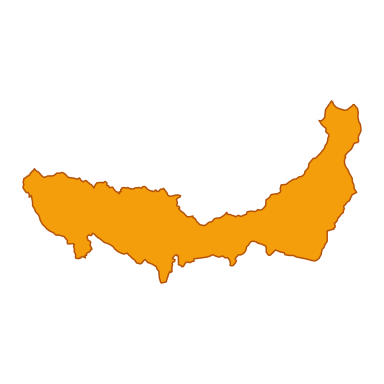 Teregova, Caras-Severin, Romania
{"feature_id": "2599482B41858605084991", "entity_name": "Teregova", "entity_type": "district", "adm_level": 2, "iso_a3": "ROU", "parent_name": "Romania", "parent_adm1": "Caras-Severin", "projection": "orthographic", "projection_center": [22.378, 45.199], "detail": "fine", "context": "isolated", "style": "filled", "palette": "amber", "viewbox_px": 384, "rotation_deg": 0, "n_neighbors": 0, "source": "geoboundaries", "source_scale": "gbopen_adm2", "svg_char_len": 6009}
<svg xmlns="http://www.w3.org/2000/svg" viewBox="0 0 384 384"><path d="M212.0,255.0L213.2,254.9L216.2,256.3L219.1,257.1L222.6,256.0L225.0,257.8L226.9,257.6L228.0,258.1L229.1,259.4L229.9,260.9L230.3,262.7L230.2,265.4L231.6,265.8L233.1,265.6L235.1,263.3L236.0,261.8L236.3,260.9L235.2,259.0L236.0,257.4L237.2,256.4L237.9,255.2L238.6,254.9L240.7,254.9L242.8,253.9L244.2,252.7L245.8,250.5L246.6,246.8L248.3,245.3L250.2,242.3L252.0,241.3L252.9,241.2L256.1,241.8L257.9,243.2L261.3,244.0L265.6,246.0L266.0,247.1L266.3,249.3L266.2,251.9L267.2,253.5L268.4,255.0L269.0,255.3L269.9,255.2L270.8,254.7L275.2,250.3L275.9,250.0L278.5,251.3L281.1,252.2L284.2,252.7L285.1,254.7L288.8,255.4L293.5,255.5L296.2,256.9L305.2,258.7L311.9,260.5L314.8,261.0L317.5,259.7L319.0,258.4L321.0,254.8L322.1,249.4L323.9,247.6L324.9,244.8L327.2,241.3L327.2,231.0L333.8,229.0L333.6,228.6L334.9,227.3L335.2,226.7L335.0,225.4L334.6,224.5L334.5,223.1L335.5,222.8L337.1,220.7L338.3,217.4L339.3,216.9L341.3,214.0L343.3,212.5L343.5,210.1L344.3,208.8L343.8,207.3L343.9,205.7L345.4,204.7L346.6,202.8L347.9,201.6L349.0,201.1L350.0,199.7L350.6,197.8L351.6,196.1L352.1,194.7L356.5,192.5L356.1,191.5L354.1,188.5L354.0,186.4L353.6,184.3L352.5,182.0L352.1,178.1L349.2,173.1L348.2,170.4L345.2,165.8L344.4,161.9L344.6,159.0L345.5,157.8L345.5,156.5L345.0,156.1L345.4,155.2L347.4,152.6L351.0,149.4L352.2,147.5L354.0,143.5L355.6,142.8L356.9,142.7L358.4,141.9L358.6,140.2L358.3,137.7L358.6,135.9L360.8,131.3L361.0,129.4L360.3,124.2L358.9,121.9L357.9,117.0L358.2,112.6L357.7,109.4L357.2,108.1L356.1,107.1L354.3,104.7L353.1,104.7L352.0,106.0L347.3,109.7L345.1,110.3L344.1,110.1L338.8,108.6L336.1,107.2L334.0,105.1L333.0,103.3L332.9,102.3L331.5,101.0L325.5,109.7L324.8,117.2L322.9,119.7L320.9,120.9L319.3,120.7L321.6,124.5L323.2,126.1L325.6,127.9L326.2,129.2L325.7,131.2L326.4,132.5L327.5,133.2L328.7,134.7L329.1,136.1L328.1,137.3L327.6,140.8L326.8,143.5L325.2,145.4L324.7,147.8L320.9,152.7L317.7,156.1L315.6,158.1L313.1,158.5L309.2,163.3L308.8,164.1L308.6,166.3L308.0,168.1L304.9,171.6L304.6,173.6L303.2,175.3L301.1,176.7L299.2,176.7L296.2,179.0L293.4,179.3L288.5,182.4L286.2,184.4L281.7,184.8L281.0,185.2L280.2,189.0L280.8,191.0L280.3,192.0L277.3,193.9L275.4,193.9L271.3,194.6L270.8,195.1L270.0,196.7L268.9,197.9L267.5,199.0L266.2,199.6L265.9,201.2L265.8,204.3L265.4,205.8L264.1,207.6L261.8,209.7L260.4,210.1L258.0,209.6L255.8,211.3L254.8,211.6L251.6,211.1L248.7,211.5L247.3,212.0L246.9,212.4L246.5,214.1L246.1,214.5L244.8,214.7L241.4,216.3L240.0,216.2L238.7,215.3L235.2,216.8L233.7,215.6L232.7,215.6L230.2,214.6L227.5,214.3L226.8,212.5L226.3,212.6L225.7,213.7L224.3,215.1L220.4,217.7L214.8,218.5L213.9,219.3L212.5,221.1L211.3,221.9L208.9,222.3L205.5,225.1L204.6,225.5L201.8,225.2L199.7,224.5L196.5,221.2L195.0,218.5L193.1,217.6L192.9,216.1L189.3,216.8L187.9,216.9L186.8,216.4L183.7,213.1L180.2,210.5L178.8,208.8L179.5,208.3L179.6,207.5L179.3,206.9L179.0,206.4L177.6,206.3L176.8,205.7L176.7,205.0L177.3,203.2L177.2,202.0L176.4,199.9L176.9,198.8L177.9,197.9L180.1,196.9L180.4,196.3L180.4,195.7L178.1,195.0L175.6,195.1L171.7,196.2L169.1,196.1L167.9,195.3L166.7,192.3L166.0,191.8L164.2,189.1L163.4,188.4L162.5,189.1L160.3,189.3L159.4,190.8L157.5,191.4L156.9,191.5L156.4,190.4L155.3,190.1L154.2,191.4L152.9,191.5L152.0,190.9L151.3,191.1L147.9,189.7L145.9,187.3L144.2,186.5L142.7,186.7L141.5,188.1L140.7,188.1L139.2,187.5L137.8,187.6L134.8,188.0L133.2,189.0L132.4,189.1L131.4,188.6L130.3,188.9L127.8,187.5L125.9,188.0L123.1,187.5L121.8,188.1L121.3,189.5L120.8,189.6L120.6,190.4L121.0,191.5L119.4,192.0L119.6,192.7L119.5,193.2L119.3,193.5L118.7,193.5L118.5,192.5L116.7,191.9L114.9,190.6L112.7,187.2L109.4,187.5L108.6,185.9L108.2,185.6L106.9,185.6L106.9,183.0L105.5,181.7L104.5,181.7L102.9,182.9L101.5,182.4L96.9,182.8L95.2,185.0L93.9,187.7L91.3,184.6L89.5,183.8L88.7,182.7L87.3,181.9L86.8,181.0L86.2,180.7L85.2,180.7L83.0,181.8L80.8,180.1L79.9,178.4L79.2,178.0L77.4,179.1L76.6,179.1L74.3,178.2L68.3,177.4L64.7,173.7L63.3,172.9L61.8,172.5L59.2,173.3L57.1,173.0L54.0,175.4L52.8,175.9L47.8,176.0L45.0,177.2L43.6,177.3L41.3,175.3L38.8,172.3L35.3,170.2L35.1,169.4L34.3,168.9L33.3,170.6L32.2,171.2L31.4,172.5L30.4,173.0L30.2,174.0L29.6,175.0L29.0,175.1L28.5,175.8L27.1,176.3L25.6,177.7L24.2,178.4L23.8,178.8L23.7,180.3L23.1,182.1L23.7,184.4L23.0,187.8L25.8,192.1L26.8,192.7L27.8,192.4L28.3,192.7L29.2,194.7L29.4,196.1L29.3,196.7L28.7,197.3L29.7,197.0L30.7,195.6L31.1,195.7L31.4,196.0L32.6,202.4L32.6,205.8L34.4,208.6L35.5,211.6L38.4,214.8L39.2,216.3L40.4,220.6L42.7,224.6L44.8,226.5L46.9,229.0L49.6,230.9L53.6,232.8L55.5,234.7L56.2,235.1L58.9,235.1L64.0,236.5L67.5,240.7L67.2,242.8L67.8,243.9L72.5,243.7L74.4,244.2L73.6,246.6L74.4,248.9L74.5,249.8L74.1,251.3L75.8,254.8L75.4,257.2L75.9,258.2L78.5,258.6L79.5,258.4L79.9,257.9L80.8,258.0L81.2,257.0L82.0,256.5L85.3,257.7L85.3,257.0L84.8,256.1L85.0,255.5L86.5,255.3L86.4,253.9L87.6,252.6L88.1,252.6L90.0,251.4L90.6,250.1L90.7,249.6L91.8,249.4L91.8,248.5L90.0,245.0L90.6,243.1L90.6,241.9L89.7,241.0L88.0,240.3L87.6,238.6L86.8,237.3L87.6,236.0L89.0,234.9L90.9,235.6L91.5,235.4L92.5,233.3L93.3,233.5L94.3,234.2L97.6,237.4L100.0,238.8L104.3,242.4L107.4,243.4L111.0,245.1L113.3,246.9L114.9,249.1L117.1,251.0L119.9,252.6L123.4,254.0L124.8,253.9L127.2,253.1L128.5,254.8L130.5,256.4L131.9,258.0L134.9,260.3L136.2,262.4L137.1,263.2L137.6,263.0L139.3,263.7L140.7,263.8L141.7,263.2L144.3,260.0L145.1,259.5L147.7,262.4L152.3,264.2L155.8,266.4L156.2,266.6L157.2,269.3L158.9,271.3L159.3,277.7L160.6,282.1L161.4,283.0L166.1,281.9L168.4,274.7L169.7,271.7L170.7,272.4L171.7,271.7L172.2,270.9L171.4,269.6L172.0,268.7L171.8,267.5L172.4,265.5L172.5,264.4L172.0,263.4L172.8,262.2L174.5,261.5L174.9,260.3L174.9,259.5L173.3,259.2L172.6,258.6L173.5,256.8L175.2,255.2L176.7,254.7L176.9,255.7L178.3,256.0L178.5,264.6L180.2,265.2L181.9,266.7L182.6,266.7L183.5,266.3L185.2,263.3L186.1,262.5L187.9,262.0L188.9,262.5L190.4,262.5L191.9,261.5L193.9,261.3L193.9,258.9L206.8,257.1L209.8,256.2L212.0,255.0Z" fill="#f59e0b" stroke="#b45309" stroke-width="1.5"/></svg>